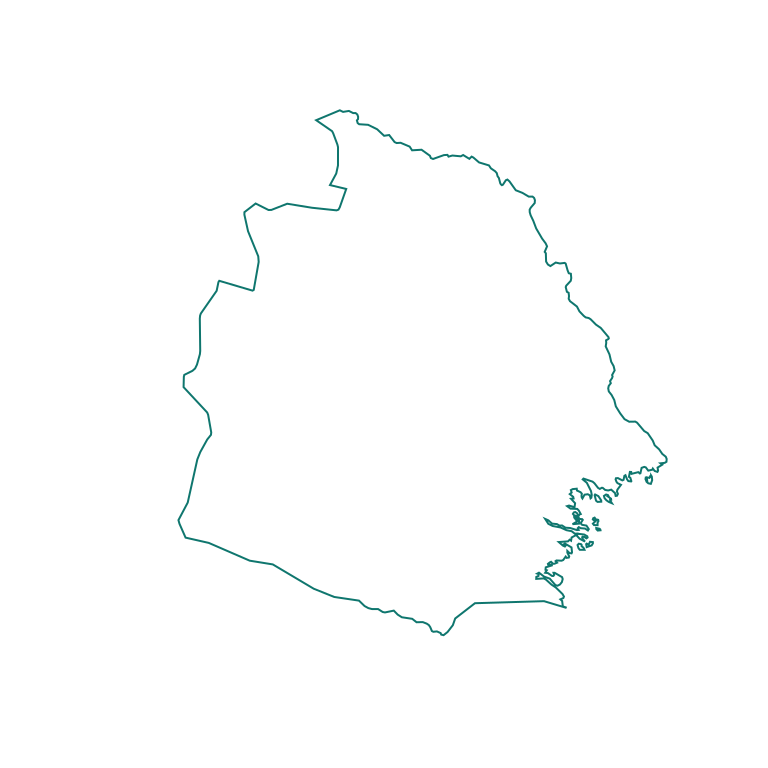 Norrbotten, orthographic projection, rotated 340°
{"feature_id": "SWE-190", "entity_name": "Norrbotten", "entity_type": "County", "adm_level": 1, "iso_a3": "SWE", "parent_name": "Sweden", "parent_adm1": "", "projection": "orthographic", "projection_center": [22.14, 67.052], "detail": "fine", "context": "isolated", "style": "outline", "palette": "teal", "viewbox_px": 768, "rotation_deg": 340, "n_neighbors": 0, "source": "natural_earth", "source_scale": "10m", "svg_char_len": 6163}
<svg xmlns="http://www.w3.org/2000/svg" viewBox="0 0 768 768"><g transform="rotate(340 384 384)"><path d="M398.8,204.6L400.8,204.6L402.8,202.9L415.2,187.8L401.3,178.6L411.1,169.9L415.5,162.9L421.8,145.7L422.1,143.1L422.0,131.0L421.7,128.7L410.5,112.9L436.1,111.7L438.6,114.3L444.4,115.4L447.7,118.9L450.0,119.7L451.1,121.6L451.1,124.0L450.2,126.2L448.7,127.0L448.5,129.8L449.5,131.4L457.7,135.0L464.7,142.3L469.0,150.8L474.0,151.8L476.7,160.3L478.3,161.9L482.1,163.0L489.3,169.7L490.3,174.0L499.4,176.7L505.2,185.2L505.3,187.7L507.0,189.3L518.6,189.4L522.0,190.4L522.4,192.4L526.4,192.7L534.0,196.3L536.7,195.9L541.2,201.6L544.1,200.3L545.4,201.7L549.1,208.3L557.4,214.5L558.2,217.9L561.2,222.1L562.1,224.4L561.8,227.6L562.4,229.7L561.9,235.1L562.1,236.3L562.8,237.5L563.9,237.4L568.2,234.2L569.9,234.1L571.2,236.5L574.1,247.0L579.4,251.7L584.1,257.4L587.7,258.7L588.7,260.5L588.7,262.9L587.5,265.5L582.2,268.5L580.5,270.0L579.7,272.4L579.5,275.6L580.1,281.8L580.2,289.9L582.3,301.4L584.0,307.1L584.3,310.4L580.2,314.8L580.8,316.5L578.2,324.4L578.9,327.8L580.7,330.1L586.9,328.6L590.5,330.9L595.2,332.0L595.9,333.0L595.4,339.9L595.5,343.1L597.3,344.3L596.2,348.5L594.8,350.9L588.9,353.9L587.9,355.1L587.4,359.9L588.7,361.4L587.9,364.7L586.7,367.1L587.1,369.8L591.8,377.2L592.5,382.6L595.0,388.3L596.3,390.4L598.9,392.0L600.3,393.8L603.5,400.7L606.9,405.5L611.0,416.8L610.8,418.1L610.0,418.5L607.6,418.9L606.9,421.4L605.2,424.5L606.0,433.3L605.1,440.8L605.9,445.7L605.4,450.1L601.4,453.6L601.4,455.1L600.3,456.5L597.4,458.6L597.4,460.8L594.5,462.7L593.2,464.8L592.7,467.9L594.1,472.1L594.9,477.8L594.2,484.3L595.9,492.4L598.0,499.3L601.5,503.3L607.3,505.3L608.6,506.9L612.4,517.2L615.0,520.4L617.2,529.1L617.4,534.2L620.2,539.5L621.6,544.9L623.9,548.7L624.0,551.1L622.8,553.7L620.8,554.1L616.7,553.1L617.9,555.0L612.5,556.1L611.9,559.2L610.9,560.1L608.6,558.3L607.7,555.4L606.8,556.3L602.7,555.8L601.5,551.9L600.2,550.9L597.4,550.9L594.4,555.6L593.8,555.6L592.8,553.8L585.9,553.1L586.2,551.2L585.0,550.7L582.4,555.0L583.4,556.4L583.2,559.9L582.9,560.1L580.4,558.8L579.8,556.7L579.7,552.3L578.5,552.5L576.3,556.0L575.0,556.1L571.6,552.4L569.7,551.9L569.0,552.9L569.0,555.3L569.5,557.0L572.2,559.8L567.2,563.1L566.1,564.7L566.2,567.3L564.7,568.7L563.4,568.4L563.8,565.6L561.4,561.0L558.2,560.7L555.6,559.2L554.0,556.4L553.2,556.0L550.9,556.4L549.6,554.8L547.8,549.2L546.6,547.1L539.1,541.1L538.1,541.6L540.8,546.2L541.9,555.4L541.3,559.3L539.9,561.8L539.0,562.1L539.3,559.0L537.8,557.3L534.6,556.6L531.3,559.5L531.0,558.3L531.3,556.8L532.4,554.7L531.7,552.9L528.9,550.1L529.3,548.3L525.3,547.3L523.3,547.6L523.2,550.2L520.9,551.0L523.2,554.7L523.0,556.4L520.5,555.8L522.8,561.4L520.9,564.9L516.3,561.5L514.3,561.4L516.6,564.9L522.9,567.5L523.8,569.7L524.4,573.5L523.0,573.5L521.7,574.6L521.1,571.2L519.9,569.7L518.4,569.6L517.1,570.7L517.7,572.4L517.1,574.6L518.6,579.2L513.2,580.2L519.5,581.9L520.6,579.2L518.6,574.6L519.1,573.4L519.9,574.0L521.3,576.4L520.9,577.3L524.0,578.8L524.3,579.7L521.7,581.7L521.4,582.9L522.0,584.1L525.8,586.3L526.8,590.4L525.5,591.4L523.5,588.6L519.4,586.7L518.1,585.1L516.7,585.8L517.0,587.7L515.4,587.3L509.7,583.0L505.4,581.1L502.9,577.8L500.5,577.1L498.6,574.8L494.2,572.7L491.8,568.3L489.3,565.9L490.6,571.6L493.9,575.1L500.8,579.2L505.5,583.8L510.0,586.5L512.1,589.9L514.0,590.5L512.5,591.7L507.8,592.4L506.2,595.2L505.2,593.8L503.1,594.8L494.2,592.3L496.8,597.0L498.4,598.6L499.6,597.9L498.0,596.1L499.5,595.9L504.3,601.7L503.1,606.5L502.3,607.3L500.5,606.3L499.2,603.6L498.6,605.2L499.1,609.3L498.3,610.3L496.1,609.8L495.7,608.3L492.2,610.7L490.5,610.8L485.7,608.8L484.7,609.1L485.5,611.1L482.8,611.2L481.4,610.8L480.2,608.2L478.9,608.3L476.5,609.1L476.5,610.0L479.6,611.0L479.6,611.9L473.3,611.6L472.2,613.8L473.3,614.7L470.9,616.5L473.4,617.8L476.3,621.9L477.6,622.3L478.6,621.6L478.7,619.4L479.8,619.8L485.3,626.4L485.2,628.4L483.4,631.0L480.7,632.6L478.1,632.9L476.3,631.6L473.2,623.6L468.6,619.8L465.1,614.3L463.2,614.6L464.3,615.5L463.5,617.2L461.1,617.4L460.4,619.2L467.6,621.3L469.3,623.2L472.7,629.7L475.8,633.9L479.9,642.4L480.4,645.3L479.3,646.5L476.1,646.7L477.2,648.8L476.0,654.1L478.4,656.1L478.2,656.3L460.1,642.8L394.5,621.1L370.7,628.7L366.2,634.2L358.9,638.8L354.1,640.4L352.1,639.1L352.0,637.4L349.1,634.6L345.6,633.7L344.5,632.5L344.3,628.3L343.7,625.9L342.2,623.8L339.0,621.0L333.1,619.0L330.2,614.3L321.0,609.3L318.0,605.4L315.7,600.3L306.8,599.0L304.8,597.8L301.5,593.5L295.6,591.3L292.6,589.2L289.8,586.0L286.4,579.0L264.4,567.1L248.0,552.4L217.8,515.5L197.4,504.1L165.0,473.4L145.0,460.5L144.0,445.4L144.3,441.6L159.0,428.3L182.8,391.0L188.1,385.1L198.9,375.7L204.0,372.6L205.1,370.4L208.2,352.8L208.1,350.3L194.6,318.4L198.4,308.7L199.5,307.1L208.5,306.1L211.8,304.8L214.9,301.8L221.2,293.0L222.6,290.1L233.3,259.5L234.6,256.8L236.0,255.1L258.6,239.2L263.3,231.6L264.5,230.7L292.4,251.3L293.8,251.0L308.0,226.4L309.5,221.0L308.5,193.9L310.7,177.2L311.6,174.8L325.1,170.5L335.0,181.0L337.7,181.9L354.7,181.5L376.5,193.7L398.8,204.6ZM514.9,596.3L513.1,592.0L515.3,591.2L520.6,593.9L522.9,596.6L522.8,597.9L521.4,598.3L520.0,596.3L518.3,595.4L517.8,595.8L517.8,597.6L518.7,600.0L518.4,600.2L514.9,596.3ZM603.7,561.2L604.0,562.6L603.1,566.1L600.6,569.1L598.4,567.7L597.3,565.8L597.2,562.8L597.6,562.1L598.5,563.8L599.0,561.6L601.3,563.0L602.5,561.8L603.1,562.6L603.7,561.2ZM555.8,566.1L558.1,569.4L557.9,570.4L556.9,570.1L556.7,570.8L557.4,574.0L554.8,571.6L553.2,569.3L552.2,566.7L552.4,564.4L554.9,563.8L556.4,564.9L556.6,566.0L555.8,566.1ZM544.3,567.8L543.4,566.3L543.4,565.5L543.9,560.5L544.6,560.0L547.1,562.7L548.3,567.7L547.9,568.9L544.3,567.8ZM511.2,606.7L510.6,604.6L510.8,601.5L512.4,600.7L514.4,601.9L514.7,602.7L514.2,604.0L515.4,605.9L515.7,607.6L515.7,608.4L511.2,606.7ZM523.6,602.7L526.2,604.0L525.8,605.2L523.9,606.7L518.7,606.6L519.2,603.6L519.9,603.3L521.4,605.0L523.6,602.7ZM532.5,586.7L537.9,584.3L538.8,584.9L538.6,586.2L537.3,587.3L536.4,589.7L533.1,588.4L532.5,586.7ZM534.2,591.9L537.1,593.8L537.5,594.7L537.4,595.5L534.7,594.8L533.9,593.0L534.2,591.9ZM534.8,584.1L533.9,582.7L534.7,581.7L536.2,581.6L536.7,583.4L534.8,584.1Z" fill="none" stroke="#0f766e" stroke-width="2"/></g></svg>